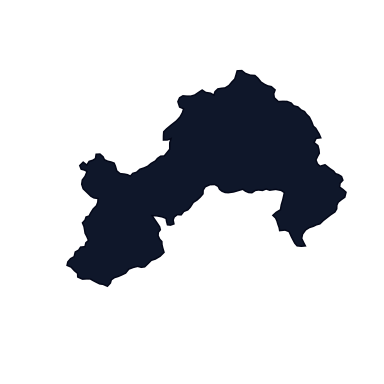 Prados, Minas Gerais, Brazil (orthographic projection), rotated 67°
{"feature_id": "56859067B1815621607737", "entity_name": "Prados", "entity_type": "district", "adm_level": 2, "iso_a3": "BRA", "parent_name": "Brazil", "parent_adm1": "Minas Gerais", "projection": "orthographic", "projection_center": [-44.058, -21.117], "detail": "fine", "context": "isolated", "style": "filled", "palette": "ink", "viewbox_px": 384, "rotation_deg": 67, "n_neighbors": 0, "source": "geoboundaries", "source_scale": "gbopen_adm2", "svg_char_len": 3250}
<svg xmlns="http://www.w3.org/2000/svg" viewBox="0 0 384 384"><g transform="rotate(67 192 192)"><path d="M245.7,306.7L243.9,302.7L241.3,300.6L240.5,296.8L240.9,293.1L240.9,289.3L240.7,284.8L238.3,280.3L238.5,275.4L239.2,271.1L241.5,268.1L242.4,264.8L240.6,260.1L239.0,256.2L239.4,252.0L238.7,246.5L236.6,241.3L232.1,240.8L228.7,240.2L225.8,239.1L222.9,240.2L218.9,240.3L215.9,238.7L214.4,235.9L211.4,235.4L208.1,236.0L202.5,237.1L198.1,238.0L200.2,233.7L203.3,229.1L206.2,226.2L209.2,226.9L212.6,227.4L214.1,224.7L214.3,221.1L210.4,220.3L208.1,218.2L207.1,214.4L208.8,210.9L206.7,207.2L206.8,202.9L205.2,199.4L202.1,194.9L201.4,190.6L199.9,186.4L198.0,182.6L194.6,181.0L192.4,177.8L192.3,172.6L194.0,168.1L197.1,165.7L200.2,165.6L203.0,164.1L205.4,161.7L206.8,158.9L208.2,153.7L208.8,148.5L209.3,144.2L212.1,142.5L214.6,140.1L216.1,137.1L215.3,133.1L216.1,130.0L218.1,126.5L218.2,122.6L220.7,119.8L222.3,113.9L225.4,109.3L228.6,107.2L231.2,109.0L234.8,111.6L238.8,114.9L242.9,117.5L243.6,122.4L245.1,126.7L248.6,125.2L251.8,125.1L255.2,125.5L258.9,125.7L261.8,126.4L263.4,121.2L266.4,118.1L271.9,118.0L275.8,117.7L279.2,117.4L282.6,116.3L284.7,112.5L285.9,108.7L282.1,109.0L277.6,109.2L274.0,106.7L271.3,102.2L270.6,97.9L271.0,93.6L270.8,90.4L271.3,86.7L269.6,82.4L268.5,78.3L267.2,73.5L266.2,68.3L264.1,65.4L260.7,63.8L258.5,61.4L257.4,57.5L256.5,53.4L252.4,50.3L248.8,52.0L245.1,54.2L241.8,52.3L240.1,48.5L236.2,48.3L233.2,50.4L231.2,52.7L228.1,53.5L224.4,55.9L218.9,58.9L218.3,64.1L215.1,65.5L210.9,65.4L208.3,62.5L206.1,59.7L202.6,58.6L198.5,58.0L194.2,60.3L191.1,56.7L192.4,52.3L188.2,52.3L184.9,52.8L181.7,53.2L178.8,54.6L174.1,54.4L168.9,54.7L165.0,56.3L161.9,57.0L159.1,59.5L155.0,61.3L152.3,64.8L148.9,65.9L145.7,69.2L143.8,73.6L142.5,77.2L137.3,79.4L133.5,78.4L130.5,75.6L126.0,77.8L123.9,80.8L121.3,83.1L117.8,85.5L112.9,86.9L109.3,88.6L107.2,92.8L103.6,96.6L99.7,98.7L98.1,103.1L101.5,105.8L104.7,108.5L106.2,112.1L108.4,116.3L109.1,120.9L108.0,124.5L107.2,127.9L108.6,131.6L111.4,134.0L108.3,136.3L105.7,140.5L102.1,142.8L102.8,146.6L103.8,151.6L103.3,155.6L101.9,159.0L99.9,162.8L100.4,166.6L103.3,169.7L109.0,170.2L112.1,167.2L115.3,169.9L118.2,173.6L120.5,178.6L122.3,185.3L124.0,190.9L125.5,194.5L129.1,196.3L133.0,198.0L134.5,194.2L134.6,190.4L138.1,193.3L143.9,195.8L146.3,200.3L148.0,203.5L146.8,206.9L147.6,210.7L149.1,213.5L149.7,218.4L151.0,222.7L151.1,226.6L150.7,231.1L152.2,235.4L151.7,239.2L153.3,242.5L150.9,244.6L149.1,247.2L147.0,251.0L143.1,253.0L138.2,252.4L135.0,252.4L132.8,254.7L130.6,257.7L128.0,260.0L124.8,260.1L121.1,261.9L119.8,265.5L123.5,267.8L124.0,270.9L123.6,274.7L126.1,278.3L122.0,280.5L123.8,285.0L127.7,285.1L129.7,282.5L132.1,280.6L135.8,284.3L138.1,288.3L141.8,290.5L146.5,290.9L151.4,288.8L156.4,286.7L159.1,284.6L161.3,281.0L164.6,282.7L167.3,285.3L169.0,289.6L171.8,293.6L173.9,296.1L173.6,299.3L176.0,301.4L177.6,304.9L181.5,304.9L184.6,305.6L188.2,306.5L191.9,306.2L196.1,306.2L197.3,309.6L200.5,311.9L199.2,316.1L201.2,319.0L201.6,322.9L205.5,325.8L205.9,329.8L207.8,333.6L210.7,335.7L213.9,332.6L218.5,331.0L222.2,329.1L225.6,330.4L229.4,326.9L230.9,322.7L232.3,319.6L234.7,317.8L237.6,315.4L240.5,312.9L242.2,310.0L245.7,306.7Z" fill="#0f172a" stroke="#020617" stroke-width="1.5"/></g></svg>